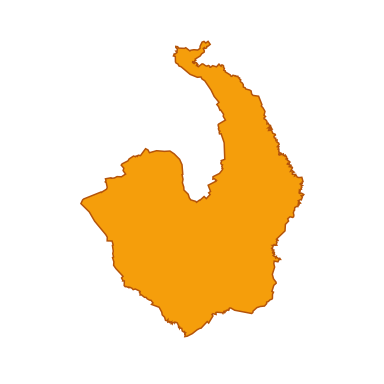 Wang Sai Phun, Phichit, Thailand, rotated 61°
{"feature_id": "78962969B2905707745355", "entity_name": "Wang Sai Phun", "entity_type": "district", "adm_level": 2, "iso_a3": "THA", "parent_name": "Thailand", "parent_adm1": "Phichit", "projection": "orthographic", "projection_center": [100.528, 16.38], "detail": "fine", "context": "isolated", "style": "filled", "palette": "amber", "viewbox_px": 384, "rotation_deg": 61, "n_neighbors": 0, "source": "geoboundaries", "source_scale": "gbopen_adm2", "svg_char_len": 5971}
<svg xmlns="http://www.w3.org/2000/svg" viewBox="0 0 384 384"><g transform="rotate(61 192 192)"><path d="M148.3,294.8L159.6,291.5L170.3,291.3L187.4,288.1L190.4,288.0L193.6,289.9L196.1,285.7L200.2,286.6L200.1,287.5L205.5,289.5L207.5,291.2L210.8,292.1L210.8,293.3L215.2,294.2L218.1,296.1L222.1,295.7L232.3,293.2L233.0,295.3L235.9,295.3L236.2,295.7L237.0,294.3L241.0,296.7L242.5,296.3L242.6,295.6L244.5,294.0L244.5,293.4L245.2,293.5L245.4,292.4L247.1,291.2L248.9,290.8L249.3,288.7L251.7,286.9L253.8,285.6L254.6,286.7L255.2,286.4L257.0,287.3L257.2,286.2L261.1,284.6L262.1,283.1L263.6,283.0L265.9,281.6L266.9,280.3L270.1,279.9L270.7,281.9L276.9,276.6L282.4,276.7L285.0,277.6L288.2,276.7L291.4,277.4L292.6,276.2L292.1,275.1L294.1,276.2L294.4,274.5L294.9,274.7L295.1,274.2L295.3,274.8L295.7,274.6L295.7,273.5L296.0,274.1L296.6,273.8L296.3,273.2L296.9,273.6L296.8,273.1L297.7,273.1L296.9,272.2L297.6,270.7L297.0,269.9L298.1,270.4L297.8,269.7L299.1,268.4L301.9,268.5L303.9,269.3L304.1,268.8L305.1,269.0L304.5,268.3L305.3,268.4L306.3,267.1L308.8,267.9L310.1,267.3L310.3,266.3L311.0,266.7L311.8,265.9L312.1,266.9L312.9,267.3L313.2,266.8L315.0,268.4L315.8,266.1L316.0,260.3L315.0,254.4L315.0,251.5L315.5,250.1L312.7,241.5L314.7,241.0L310.6,233.8L308.8,233.9L308.5,232.7L310.8,230.3L309.0,229.5L309.3,228.4L312.3,223.9L313.2,223.8L312.4,222.7L313.4,222.1L313.4,221.6L312.0,221.5L312.7,219.9L312.2,219.5L312.4,218.4L313.0,217.7L312.5,217.2L313.0,216.9L311.7,215.5L312.3,214.3L316.1,212.0L327.2,198.7L326.9,197.2L325.8,196.4L324.6,191.3L325.2,187.9L326.9,183.9L325.8,180.8L324.5,180.1L324.8,178.4L324.1,175.8L324.5,174.1L324.0,173.2L320.5,171.2L319.1,169.3L317.7,170.3L313.3,165.7L312.6,162.6L311.5,162.2L307.5,162.8L303.0,161.7L297.7,156.1L294.3,155.2L292.3,153.6L294.7,150.7L293.2,148.4L293.8,147.3L292.5,147.4L292.1,148.7L290.3,149.5L290.3,150.5L289.1,149.5L288.8,150.9L286.9,151.8L286.7,150.2L284.9,150.8L285.4,149.6L285.0,149.3L284.5,149.3L284.4,150.6L283.8,150.6L282.5,148.7L282.6,148.0L281.6,149.9L280.6,149.1L280.0,149.6L279.2,147.8L278.4,147.2L277.8,147.5L278.2,146.6L277.8,145.7L278.8,145.4L279.6,143.6L278.5,143.7L277.4,142.2L276.5,142.3L275.7,141.4L276.1,140.3L274.9,140.3L274.8,141.1L274.2,141.1L271.1,129.5L265.6,126.0L264.2,121.6L261.8,121.3L261.2,118.3L263.1,116.2L262.9,115.1L261.6,114.1L259.4,113.5L257.6,111.7L257.7,111.2L255.4,109.7L255.4,107.4L256.1,106.5L255.2,105.6L255.1,104.5L254.2,104.3L254.0,104.9L252.9,104.0L254.2,103.1L254.3,102.5L251.2,103.3L251.3,100.3L251.8,100.1L250.0,98.0L248.1,98.2L249.0,96.6L248.4,95.4L246.1,96.8L245.3,98.7L244.8,98.8L242.8,97.4L244.0,97.3L242.4,96.1L242.6,94.9L241.5,94.8L241.2,93.7L239.7,93.5L239.8,92.2L237.4,93.5L237.2,92.7L237.8,91.4L236.7,90.9L236.8,89.9L232.4,88.8L231.2,91.5L230.1,92.7L227.8,92.9L227.7,94.2L226.8,93.0L225.2,95.6L223.7,94.9L224.1,93.1L222.0,93.9L221.6,95.7L219.5,92.4L219.0,92.3L217.1,94.5L217.0,93.7L217.7,93.0L216.6,92.4L213.8,95.1L213.3,94.4L214.3,93.2L213.1,92.6L213.4,92.0L212.9,91.8L210.4,93.2L209.4,93.0L209.4,91.8L208.6,93.6L207.6,92.4L206.4,92.2L205.9,93.3L204.9,92.6L204.3,94.4L202.9,93.7L202.5,95.9L201.4,95.2L200.6,95.8L202.0,97.0L202.0,97.8L201.3,98.0L199.4,96.3L198.8,96.6L197.4,95.6L196.4,95.9L196.4,95.2L195.3,95.1L194.5,94.1L193.7,95.3L192.6,92.7L191.1,92.5L189.8,93.5L187.7,92.4L187.6,93.7L185.5,92.7L184.8,93.7L183.6,93.6L183.0,93.3L182.6,91.4L182.0,91.2L179.7,92.9L176.6,92.5L175.3,95.2L174.1,93.7L175.7,91.5L174.1,91.5L172.8,94.2L172.4,92.0L173.1,91.4L171.8,91.1L170.9,92.0L168.7,92.1L168.8,93.3L166.5,92.2L164.2,92.6L162.9,93.5L162.1,93.1L161.6,91.1L159.8,91.8L156.9,89.1L152.9,89.1L150.4,89.7L149.5,88.5L140.5,87.3L137.1,91.8L135.1,92.3L132.3,91.3L130.8,92.1L128.0,95.0L126.5,95.0L125.2,96.2L122.9,95.1L121.0,95.2L119.4,96.0L118.3,96.0L117.6,95.0L116.5,95.6L115.2,95.1L114.7,96.0L113.0,95.8L112.3,97.4L111.5,97.4L111.4,98.2L110.2,98.9L109.7,99.9L110.2,101.1L109.8,101.7L108.1,101.8L103.1,104.6L102.1,104.2L100.9,105.2L99.5,103.7L98.3,104.1L97.2,103.3L96.2,103.5L95.3,104.2L96.1,105.6L93.2,106.4L94.4,109.9L91.5,112.7L91.9,115.3L91.5,115.9L90.4,115.6L89.2,116.4L89.2,117.9L87.9,119.1L85.6,120.1L84.8,121.1L85.5,125.7L84.6,126.3L83.6,125.3L83.3,126.5L82.2,125.2L81.1,125.5L80.4,126.1L80.7,127.9L79.0,128.7L78.3,128.2L79.3,126.9L78.5,126.0L78.7,124.9L77.3,124.8L77.0,118.8L75.8,116.5L75.6,113.6L74.6,112.8L71.9,112.6L71.7,111.2L72.6,111.2L73.1,110.2L72.9,109.1L71.9,108.6L72.2,107.0L71.7,104.5L68.0,104.9L68.4,107.7L66.1,108.5L65.8,110.5L68.4,114.2L70.3,115.4L70.6,118.2L68.5,121.3L67.4,124.3L67.6,125.4L62.8,127.5L62.7,129.0L59.7,133.9L57.9,134.1L56.8,135.6L57.8,136.1L59.8,135.5L61.5,136.6L61.0,137.8L62.7,137.5L63.2,140.3L62.6,140.6L64.0,142.3L65.4,140.9L70.2,143.4L71.5,143.4L73.2,142.3L75.5,142.3L77.2,140.8L88.2,136.6L94.3,131.7L95.7,128.4L97.8,128.5L101.0,126.9L112.0,125.9L119.2,126.3L126.6,124.9L127.5,127.9L130.1,127.4L134.0,127.9L134.1,127.2L139.3,126.7L140.9,128.0L145.3,127.9L145.5,135.9L146.0,136.7L149.2,137.6L149.5,138.3L151.5,138.6L152.3,138.1L152.8,139.2L154.5,139.8L155.2,138.3L164.5,140.0L179.3,147.5L178.7,151.2L179.7,151.4L180.7,152.8L182.3,152.9L183.1,152.2L184.2,153.6L185.3,153.6L185.9,154.3L186.6,153.8L187.6,155.3L189.1,159.0L188.8,166.2L190.9,167.5L191.3,166.0L193.5,165.0L193.4,165.8L194.2,165.8L193.9,174.6L200.5,175.5L200.8,177.8L203.0,177.4L204.7,182.7L201.8,183.6L203.1,189.1L202.7,189.3L203.2,193.1L202.1,193.2L198.3,196.9L195.9,197.2L192.1,196.4L186.4,198.1L183.7,196.8L179.2,195.9L176.5,193.7L172.0,192.3L172.1,191.5L163.3,187.5L157.4,187.0L150.0,189.1L145.5,191.4L143.1,196.4L138.7,203.0L137.0,210.2L133.9,210.1L131.6,211.6L135.2,219.4L133.9,220.9L133.8,221.9L134.4,222.5L133.4,223.3L133.8,224.3L132.2,225.7L132.6,231.0L133.7,232.9L133.5,239.5L134.2,240.9L138.1,240.1L139.9,241.9L144.1,241.4L144.5,246.3L142.2,250.1L142.1,253.2L140.8,256.1L140.3,256.0L138.5,261.3L140.7,261.9L141.1,263.0L142.3,262.5L146.9,263.9L148.1,265.4L148.4,271.6L147.9,271.6L145.6,290.0L145.9,291.5L148.3,294.8Z" fill="#f59e0b" stroke="#b45309" stroke-width="1.5"/></g></svg>